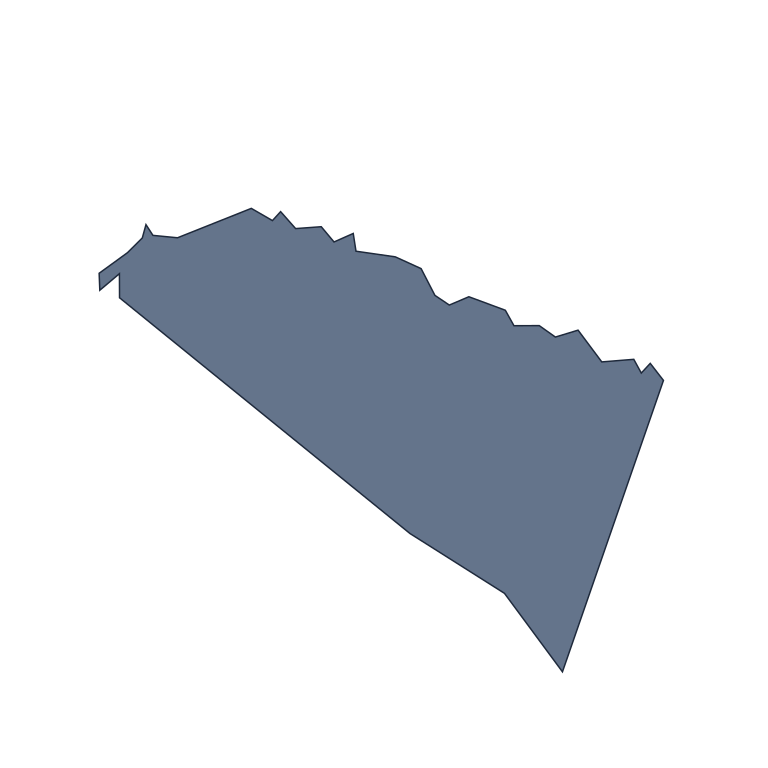 Montgomery, Georgia, United States of America, rotated 121°
{"feature_id": "52423323B10770912620871", "entity_name": "Montgomery", "entity_type": "district", "adm_level": 2, "iso_a3": "USA", "parent_name": "United States of America", "parent_adm1": "Georgia", "projection": "albers", "projection_center": [-82.582, 32.151], "detail": "fine", "context": "isolated", "style": "filled", "palette": "slate", "viewbox_px": 768, "rotation_deg": 121, "n_neighbors": 0, "source": "geoboundaries", "source_scale": "gbopen_adm2", "svg_char_len": 602}
<svg xmlns="http://www.w3.org/2000/svg" viewBox="0 0 768 768"><g transform="rotate(121 384 384)"><path d="M229.2,166.4L242.1,169.1L234.2,182.6L252.9,208.7L237.9,245.4L255.5,261.3L254.0,281.0L267.1,302.6L258.3,318.0L265.5,356.2L282.7,368.7L281.8,386.0L266.0,411.6L269.2,439.8L284.6,476.4L270.8,487.9L288.0,500.0L281.5,518.8L296.3,539.8L289.5,561.4L301.4,563.8L301.8,588.2L365.0,636.3L375.6,658.6L370.0,670.1L383.3,666.4L403.5,671.5L435.8,685.2L450.0,675.9L425.7,667.6L446.3,655.1L498.8,284.7L501.4,172.9L538.8,82.8L237.0,146.3L229.2,166.4Z" fill="#64748b" stroke="#1e293b" stroke-width="1.5"/></g></svg>